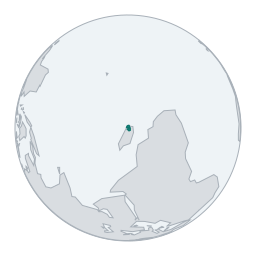 globe centered on Anosy, rotated 188°
{"feature_id": "MDG-5865", "entity_name": "Anosy", "entity_type": "Autonomous Province", "adm_level": 1, "iso_a3": "MDG", "parent_name": "Madagascar", "parent_adm1": "", "projection": "orthographic", "projection_center": [46.606, -23.936], "detail": "fine", "context": "on_globe", "style": "filled", "palette": "teal", "viewbox_px": 256, "rotation_deg": 188, "n_neighbors": 0, "source": "natural_earth", "source_scale": "10m", "svg_char_len": 6376}
<svg xmlns="http://www.w3.org/2000/svg" viewBox="0 0 256 256"><g transform="rotate(188 128 128)"><circle cx="128" cy="128" r="113" fill="#eef3f6" stroke="#a8b0b8"/><path d="M15.4,132.4L15.7,130.4L17.0,131.3L17.9,137.6L18.6,147.6L23.6,164.7L26.1,174.4L29.6,181.2L36.6,193.0L37.7,195.3L40.4,198.3L43.5,202.1L45.0,204.1L47.8,207.0L49.1,208.4L50.1,209.2L55.9,214.5L58.6,216.4L63.8,220.3L65.5,221.2L66.1,221.7L67.7,222.8L69.1,223.6L69.3,224.1L66.6,222.4L59.9,217.7L53.5,212.4L47.5,206.7L41.9,200.6L36.8,194.1L32.2,187.2L28.1,180.0L24.5,172.6L21.6,164.8L19.1,156.9L17.3,148.9L16.1,140.7L15.4,132.4ZM70.2,223.8L69.8,224.4L69.5,223.8L66.2,221.7L67.5,221.8L70.2,223.8ZM61.8,217.6L59.7,215.6L60.1,215.7L61.6,217.1L61.8,217.6ZM104.5,17.8L103.2,18.1L101.4,18.6L101.8,18.6L95.9,20.6L92.5,21.7L94.2,20.6L89.5,22.1L90.4,21.8L104.5,17.8ZM118.4,15.8L119.7,15.7L120.2,15.6L122.1,15.5L123.8,15.4L132.1,15.4L140.4,16.0L148.6,17.3L156.7,19.1L164.6,21.5L172.3,24.5L179.8,28.0L187.0,32.1L193.9,36.7L200.5,41.8L206.6,47.3L212.3,53.3L217.6,59.7L222.4,66.5L223.9,68.9L225.1,73.2L222.4,71.9L222.8,73.3L220.3,69.9L219.1,71.2L225.4,83.7L225.9,86.6L223.0,89.0L222.6,86.7L216.1,77.7L216.3,84.1L221.3,92.9L223.1,101.2L219.9,96.7L217.9,89.4L215.6,86.0L215.2,80.1L211.2,70.2L207.9,69.9L207.2,66.6L201.2,58.3L195.9,57.9L188.1,63.2L188.8,71.9L185.3,74.9L177.0,60.5L174.0,52.3L170.6,52.3L162.4,45.0L147.0,42.9L145.2,41.0L142.2,41.6L136.5,39.6L134.0,36.9L130.3,37.0L137.3,44.5L141.2,44.6L145.1,41.9L146.3,44.7L151.8,47.8L144.2,54.4L122.0,61.0L120.6,54.6L107.4,40.1L108.2,38.5L108.1,38.4L108.0,38.1L106.1,40.7L104.1,38.3L110.3,47.7L111.1,52.4L121.7,61.3L120.5,62.4L124.1,64.4L136.7,62.0L136.6,64.2L130.2,74.9L113.5,91.2L116.2,102.6L115.7,112.9L106.3,120.8L108.1,129.2L103.4,132.8L103.8,137.8L100.5,143.7L94.8,150.1L83.9,152.4L82.4,147.8L75.8,140.2L66.2,121.7L68.0,112.0L66.7,105.6L59.0,93.9L60.6,85.9L58.7,83.6L54.7,85.8L52.7,83.1L50.3,84.1L36.5,93.8L32.8,91.9L29.9,82.6L32.8,76.1L34.4,70.8L55.4,45.3L58.7,44.1L74.0,36.6L75.7,36.4L72.6,40.1L83.0,41.1L87.9,37.4L98.6,37.8L106.5,36.8L111.6,30.5L98.6,31.9L97.6,29.5L109.0,26.0L120.6,25.7L120.6,24.8L114.3,23.2L118.0,21.6L112.3,22.7L113.8,23.3L110.3,24.1L108.6,23.6L110.0,23.0L106.8,23.0L101.1,26.5L102.0,27.6L93.1,29.6L93.8,31.7L91.0,33.3L88.7,30.5L89.7,29.1L84.6,27.7L82.7,29.2L87.4,30.8L85.5,31.0L82.9,33.6L83.3,31.8L78.7,30.2L71.4,33.5L60.1,42.3L56.2,44.8L53.7,45.5L59.7,39.1L67.8,34.5L70.1,32.6L70.0,31.8L72.5,30.6L73.5,29.9L76.7,28.4L82.8,25.3L86.3,23.9L90.3,22.0L92.6,21.2L89.6,22.5L89.4,22.9L98.3,20.6L100.5,19.9L102.3,19.0L104.6,18.6L105.2,18.1L111.1,17.0L104.5,18.0L106.5,17.4L108.9,17.0L118.4,15.8ZM46.9,55.5L46.0,57.1L46.9,55.5ZM132.0,29.0L139.4,29.7L137.4,26.3L140.0,26.4L138.3,25.3L137.2,26.1L133.3,23.5L136.9,22.9L136.6,21.8L134.1,21.6L128.1,23.2L133.7,26.7L131.4,27.9L132.0,29.0ZM75.4,28.4L74.3,29.0L72.1,30.2L75.4,28.4ZM79.9,26.1L79.8,26.5L78.1,27.5L70.8,31.1L74.2,29.2L73.4,29.5L77.6,27.3L78.5,26.8L79.9,26.1ZM78.4,34.6L79.9,34.3L82.3,33.5L80.8,35.3L78.4,34.6ZM75.1,33.5L76.5,32.9L75.5,34.6L74.0,35.1L75.1,33.5ZM78.2,31.2L76.7,32.7L76.6,32.1L78.2,31.2ZM91.0,22.0L92.7,21.5L91.2,22.2L91.0,22.0ZM108.9,31.7L106.1,33.0L105.2,32.6L106.3,32.2L108.9,31.7ZM92.4,33.7L95.8,33.9L91.9,34.2L92.4,33.7ZM156.3,177.3L157.2,179.5L155.4,179.3L156.3,177.3ZM135.3,111.0L128.9,130.0L123.4,130.1L121.9,124.4L123.9,112.9L130.1,109.7L133.0,104.8L135.3,111.0ZM233.9,131.4L234.7,133.5L234.6,134.0L233.9,131.4ZM233.0,128.0L234.2,130.0L232.6,128.8L233.0,128.0ZM234.6,130.8L235.8,131.8L236.3,131.8L236.1,132.7L234.6,130.8ZM232.1,126.9L226.2,120.4L223.6,116.7L224.5,115.5L228.7,119.8L232.1,126.9ZM224.3,115.2L219.9,106.7L212.2,88.1L215.0,89.9L222.7,103.1L222.3,104.3L224.9,110.3L224.3,115.2ZM233.8,115.0L233.3,119.3L230.3,115.3L228.8,113.0L227.8,106.0L228.4,103.7L229.7,105.1L233.4,100.5L235.0,104.7L234.1,107.1L235.3,112.6L233.8,115.0ZM189.3,72.9L192.2,79.2L190.2,79.5L189.3,72.9ZM233.9,96.1L233.1,98.0L233.6,94.5L233.9,96.1ZM233.6,92.3L234.2,94.4L233.1,91.6L233.6,92.3ZM223.7,75.9L222.4,75.0L221.8,73.6L223.2,74.0L223.7,75.9ZM226.3,73.2L228.1,76.9L228.5,77.9L227.0,75.0L226.3,73.2ZM208.5,204.4L212.5,200.0L211.4,202.4L208.5,205.0L208.5,204.4ZM220.5,192.3L215.0,199.0L214.2,198.8L215.9,196.5L215.1,196.9L216.5,193.9L220.9,187.2L220.0,187.6L222.6,184.7L220.4,186.5L222.8,181.9L223.6,178.2L215.4,175.2L214.6,172.0L217.1,169.1L220.9,157.1L221.4,158.0L223.9,150.9L230.1,151.0L235.2,144.9L236.0,149.2L238.2,144.5L238.2,149.1L236.8,153.8L235.1,162.1L237.6,153.8L235.4,162.0L232.5,170.0L229.1,177.7L225.0,185.2L220.5,192.3ZM235.9,136.1L237.5,134.7L238.0,135.8L235.9,136.1ZM239.0,147.2L239.4,143.9L239.6,142.7L240.1,138.7L240.1,132.5L240.1,129.4L240.4,129.7L240.0,124.8L240.5,127.3L240.4,133.1L240.6,131.8L239.0,147.2ZM239.9,137.0L239.9,137.7L239.7,138.5L239.9,137.0ZM238.9,126.0L238.8,127.1L238.5,125.3L238.9,126.0ZM239.3,126.4L239.8,130.3L239.1,127.2L239.3,126.4ZM236.0,114.7L236.4,118.2L237.6,118.6L236.7,119.5L237.2,125.8L236.8,127.1L236.4,120.4L235.7,125.2L235.1,124.2L235.1,119.1L235.8,114.5L236.4,113.3L238.4,116.4L236.0,114.7ZM239.4,122.9L239.2,118.9L239.3,117.2L239.5,119.7L239.4,122.9ZM238.0,109.1L236.7,103.8L236.1,103.6L236.9,101.8L238.0,107.2L238.0,109.1ZM236.2,99.8L235.6,99.6L235.9,98.2L236.2,99.8ZM235.2,98.0L234.6,95.4L235.3,96.9L235.2,98.0ZM236.5,100.7L235.8,96.9L236.6,99.9L236.5,100.7ZM233.0,89.6L235.3,96.0L233.1,91.1L230.7,83.5L231.5,84.6L233.0,89.6Z" fill="#d9dde1" stroke="#a8b0b8" stroke-width="1"/><path d="M129.5,128.4L129.4,128.7L129.3,128.8L129.3,129.1L129.1,129.5L128.9,129.8L128.9,130.0L128.9,129.9L128.9,130.0L128.7,130.1L128.5,130.3L128.4,130.3L128.2,130.4L128.1,130.5L128.0,130.4L127.8,130.4L127.6,130.4L127.3,130.5L127.2,130.2L126.8,130.0L126.8,129.7L126.8,129.2L126.6,128.9L126.6,128.6L126.6,128.3L126.5,128.2L126.3,128.1L126.0,128.2L126.0,127.9L126.1,127.6L125.9,127.3L125.6,127.3L125.6,127.1L125.8,126.7L125.7,126.4L125.8,126.4L125.8,126.2L125.8,125.9L126.2,125.7L126.5,125.5L126.8,125.5L127.0,125.6L127.3,125.8L127.4,126.1L127.5,126.2L127.5,126.3L127.7,126.5L127.8,126.5L127.7,126.7L127.7,126.8L127.8,126.8L127.7,126.9L127.7,127.0L127.8,127.2L127.8,127.3L127.8,127.5L127.7,127.5L127.7,127.8L127.8,127.9L127.8,128.0L128.0,128.0L128.2,128.3L128.3,128.3L128.5,128.4L128.5,128.5L128.8,128.6L128.8,128.4L128.7,128.4L128.8,128.3L128.9,128.2L129.0,128.1L129.4,128.3L129.5,128.4L129.5,128.4Z" fill="#14b8a6" stroke="#0f766e" stroke-width="1.5"/></g></svg>